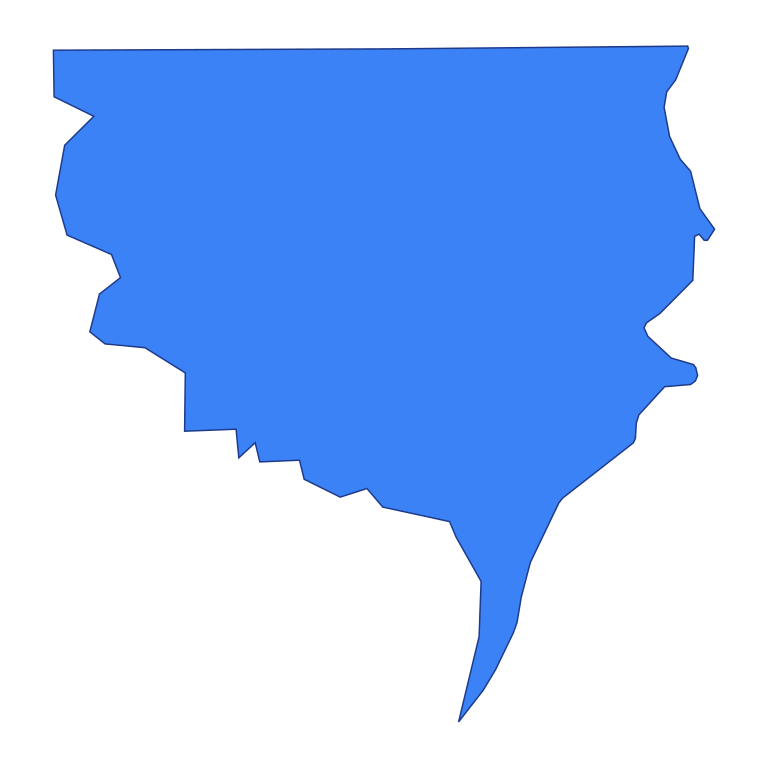 Orange, Texas, United States of America (orthographic projection)
{"feature_id": "52423323B30055377123023", "entity_name": "Orange", "entity_type": "district", "adm_level": 2, "iso_a3": "USA", "parent_name": "United States of America", "parent_adm1": "Texas", "projection": "orthographic", "projection_center": [-93.846, 30.055], "detail": "fine", "context": "isolated", "style": "filled", "palette": "blue", "viewbox_px": 768, "rotation_deg": 0, "n_neighbors": 0, "source": "geoboundaries", "source_scale": "gbopen_adm2", "svg_char_len": 956}
<svg xmlns="http://www.w3.org/2000/svg" viewBox="0 0 768 768"><path d="M386.1,48.9L53.4,50.2L54.1,96.8L93.8,116.3L64.7,145.2L55.6,195.1L67.1,235.1L111.5,254.5L120.5,277.6L99.5,294.0L89.8,331.8L105.1,343.9L144.9,347.7L185.3,372.9L184.6,431.2L236.1,429.2L238.8,457.8L255.2,442.7L259.8,461.9L299.5,460.2L304.2,479.3L340.2,497.1L366.9,488.5L382.8,507.1L449.6,521.6L456.1,537.1L481.1,581.4L479.1,636.6L458.6,721.9L483.3,690.1L495.6,669.6L513.2,633.1L517.0,622.6L521.3,596.9L530.4,562.3L558.8,503.0L562.6,498.1L633.4,442.8L635.4,438.5L636.3,423.1L638.9,414.8L661.5,390.1L664.6,386.7L690.6,384.5L695.4,380.9L697.6,375.6L695.8,367.7L693.3,364.5L671.3,358.1L647.9,336.4L644.0,327.8L646.5,322.8L659.9,313.5L692.8,280.3L694.6,236.4L699.1,234.2L704.2,240.3L707.5,240.2L714.6,229.2L699.9,208.7L694.1,185.3L690.6,171.3L680.3,159.3L669.6,136.5L664.1,107.3L666.7,91.8L675.7,79.8L688.4,48.6L687.7,46.1L386.1,48.9Z" fill="#3b82f6" stroke="#1e3a8a" stroke-width="1.5"/></svg>